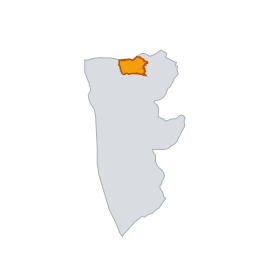 Kongba, Gbapolu, Liberia (highlighted), rotated 45°
{"feature_id": "62588387B18809430914172", "entity_name": "Kongba", "entity_type": "district", "adm_level": 2, "iso_a3": "LBR", "parent_name": "Liberia", "parent_adm1": "Gbapolu", "projection": "mercator", "projection_center": [-10.454, 7.678], "detail": "fine", "context": "in_parent", "style": "filled", "palette": "amber", "viewbox_px": 256, "rotation_deg": 45, "n_neighbors": 0, "source": "geoboundaries", "source_scale": "gbopen_adm2", "svg_char_len": 4006}
<svg xmlns="http://www.w3.org/2000/svg" viewBox="0 0 256 256"><g transform="rotate(45 128 128)"><path d="M49.4,110.4L51.4,108.6L54.4,103.1L58.6,97.8L62.4,94.6L65.5,91.4L68.8,88.9L73.5,86.0L80.6,78.3L82.3,77.4L83.4,72.1L85.2,65.4L87.3,63.3L92.2,62.0L93.3,60.9L95.0,56.1L96.1,50.6L96.2,49.4L98.2,49.2L101.4,48.0L103.3,48.6L104.2,50.2L104.6,51.5L114.6,48.1L115.4,47.3L116.0,47.5L117.2,50.6L117.9,50.4L118.5,49.5L119.2,49.4L120.0,49.8L120.7,51.3L122.0,52.6L124.2,53.5L125.5,54.7L125.4,58.1L125.9,61.3L126.8,62.1L127.3,64.0L127.6,66.1L128.1,67.2L128.5,69.4L128.3,71.7L128.7,73.3L130.3,76.1L131.2,79.6L131.2,82.1L130.7,84.7L129.6,87.1L127.8,89.7L127.6,90.7L128.7,91.4L130.4,91.5L131.8,91.0L135.3,92.2L137.1,93.9L138.8,96.0L140.2,97.1L140.9,98.4L143.4,98.1L146.3,96.8L146.9,96.2L147.7,96.5L149.6,96.6L150.9,94.3L152.0,91.6L154.2,88.7L155.3,87.6L155.6,85.8L155.7,83.4L156.5,81.3L158.4,80.2L160.4,80.2L161.5,80.6L162.0,82.6L163.7,84.2L165.0,85.2L165.8,85.6L166.9,86.8L168.0,90.9L172.3,103.9L172.1,107.5L171.2,109.8L171.2,112.1L170.9,114.4L168.3,118.1L160.5,125.7L161.1,126.4L163.0,127.3L164.9,127.7L166.4,127.5L168.4,129.4L170.5,131.8L172.7,133.0L175.9,134.1L178.6,134.2L181.0,133.8L184.4,134.3L187.9,136.2L189.2,139.5L190.0,142.3L191.3,143.8L191.4,146.2L194.0,148.4L197.6,148.8L202.3,151.4L203.5,151.2L204.0,150.9L204.5,151.4L205.7,158.7L206.6,162.6L206.2,164.1L205.5,165.4L205.5,171.3L203.4,174.7L203.0,178.4L202.4,179.6L200.2,180.6L200.1,183.5L199.5,186.9L199.3,190.6L199.9,200.2L200.1,207.3L201.1,208.7L196.7,208.1L183.7,202.6L173.7,199.5L140.3,181.6L131.0,174.5L120.3,163.8L96.5,142.3L91.1,138.8L84.2,137.2L80.0,135.3L77.0,133.3L74.6,127.4L68.6,123.8L57.6,118.8L49.4,110.4Z" fill="#d9dde1" stroke="#a8b0b8" stroke-width="1"/><path d="M103.4,78.2L102.9,78.1L102.5,78.3L101.3,78.4L100.4,78.5L100.3,78.4L100.6,77.8L100.7,77.5L100.8,77.3L100.6,76.9L100.3,76.7L100.1,76.8L99.8,76.6L99.8,76.2L99.9,75.7L99.9,75.4L100.0,75.3L100.0,75.2L99.9,75.1L99.6,75.2L99.1,75.5L98.9,75.6L98.5,75.7L98.3,75.5L98.0,75.2L97.9,75.1L97.9,74.9L98.0,74.7L98.2,74.4L98.1,74.2L97.9,74.3L97.6,74.4L97.4,74.2L97.0,74.4L96.9,74.4L96.9,74.5L96.4,75.0L96.1,75.1L96.4,73.9L96.2,73.8L95.8,73.7L95.5,73.8L95.4,73.8L95.3,73.7L95.2,73.6L95.2,73.4L94.9,73.3L94.8,72.7L95.1,72.5L95.2,72.4L95.5,72.2L95.6,71.7L95.9,71.0L95.7,71.0L95.1,71.3L94.8,71.2L94.6,71.0L94.6,70.9L94.7,70.6L94.9,70.2L95.0,69.8L95.4,69.5L95.7,68.9L95.8,68.4L95.9,68.1L95.6,67.8L95.3,67.9L95.2,67.9L94.6,67.6L94.5,67.8L94.3,68.2L94.2,68.2L94.0,68.3L93.8,68.3L92.8,68.7L92.7,68.7L92.0,69.0L91.9,69.1L91.9,68.9L91.8,68.7L91.5,68.6L91.2,68.6L90.9,68.6L90.6,68.7L90.4,68.5L90.1,68.5L89.9,68.6L89.7,68.7L89.3,68.9L89.0,69.0L88.5,69.1L88.4,69.2L87.8,69.5L87.5,69.6L87.0,69.8L86.6,69.9L86.2,70.0L86.2,69.9L86.2,69.7L86.1,69.8L85.9,69.8L85.9,70.1L85.6,70.2L85.4,70.3L85.3,70.5L85.0,70.8L84.4,71.1L83.9,71.2L83.9,71.5L83.9,72.4L83.9,75.7L83.9,76.8L83.5,77.0L82.9,77.1L82.6,77.1L81.9,77.3L81.5,77.8L81.0,78.0L80.4,78.2L80.0,78.6L80.0,78.8L79.9,79.3L79.6,79.4L79.7,79.6L79.3,79.8L79.2,80.0L79.3,80.1L79.0,80.4L78.8,80.4L78.4,80.9L78.5,81.2L78.2,81.3L77.7,81.6L77.7,81.8L77.5,81.5L77.4,81.6L77.5,82.0L76.8,82.8L76.9,83.0L76.8,83.5L76.5,83.9L75.8,83.8L75.6,84.2L75.7,84.5L75.4,84.7L75.4,85.0L75.1,85.0L74.9,85.2L74.8,85.3L74.8,85.5L74.2,85.9L73.7,86.2L73.8,86.4L74.2,86.6L74.5,87.2L75.0,87.5L75.5,87.8L75.9,88.3L76.3,88.6L76.5,89.2L76.7,89.5L76.7,89.8L77.1,90.0L77.9,90.0L79.0,90.2L80.0,90.8L80.1,91.2L80.8,91.6L82.0,92.0L82.8,92.5L82.9,92.8L83.1,92.9L83.3,92.9L83.5,92.9L83.9,92.9L84.0,93.0L84.5,93.2L84.9,93.4L85.2,93.5L85.3,93.5L85.6,93.5L85.9,93.4L86.0,93.4L86.3,93.3L86.7,93.3L86.9,93.2L87.1,93.1L87.4,92.7L87.9,92.2L87.8,91.2L88.5,90.2L88.8,90.1L89.2,89.9L90.8,89.2L90.9,88.8L91.4,87.9L92.0,86.9L92.8,86.3L93.6,85.3L94.2,84.7L94.8,84.4L94.9,83.7L95.4,83.0L95.6,82.8L95.8,82.7L96.1,83.2L96.4,82.9L97.6,81.8L98.7,81.4L98.9,81.2L99.2,80.5L99.8,80.2L100.8,80.1L101.5,79.8L101.9,79.5L101.7,79.2L102.2,79.2L102.2,78.8L103.4,78.2Z" fill="#f59e0b" stroke="#b45309" stroke-width="1.5"/></g></svg>